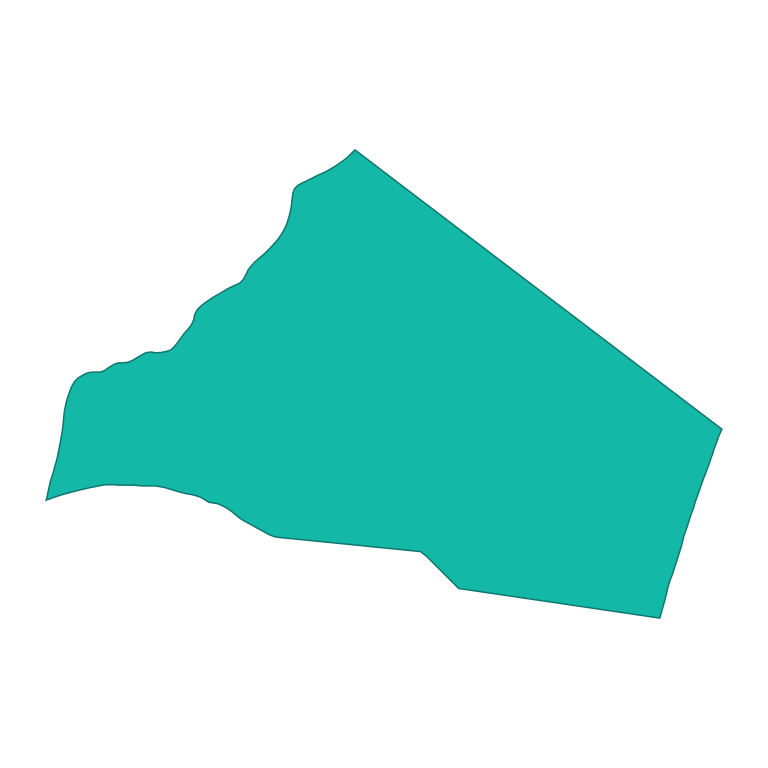 outline of Raghwan, Ma'rib, Yemen
{"feature_id": "15242507B55081881652905", "entity_name": "Raghwan", "entity_type": "district", "adm_level": 2, "iso_a3": "YEM", "parent_name": "Yemen", "parent_adm1": "Ma'rib", "projection": "robinson", "projection_center": [45.02, 15.774], "detail": "fine", "context": "isolated", "style": "filled", "palette": "teal", "viewbox_px": 768, "rotation_deg": 0, "n_neighbors": 0, "source": "geoboundaries", "source_scale": "gbopen_adm2", "svg_char_len": 2325}
<svg xmlns="http://www.w3.org/2000/svg" viewBox="0 0 768 768"><path d="M355.0,149.9L348.8,156.0L347.9,157.0L345.8,158.6L344.0,160.1L340.0,162.9L335.8,165.8L331.2,168.6L326.4,171.3L321.4,173.7L316.9,175.7L312.1,178.2L307.1,180.7L302.8,182.7L298.0,185.2L294.6,188.6L292.8,193.4L292.1,198.7L291.5,205.1L290.4,211.3L288.8,217.5L286.9,223.5L284.8,228.5L281.8,233.6L278.9,238.0L275.8,241.8L272.4,245.6L268.4,249.8L263.8,254.3L259.4,258.0L255.0,261.8L251.4,265.7L248.1,270.0L246.0,274.5L243.5,279.3L239.6,283.2L234.8,285.4L229.9,287.6L225.8,289.8L221.4,292.6L217.4,294.8L212.8,297.5L208.9,300.1L204.7,303.0L200.5,306.4L197.1,309.9L194.7,314.5L193.8,319.6L191.5,324.6L187.9,329.3L184.0,333.7L180.5,338.4L177.7,342.4L174.3,346.7L170.6,350.1L166.1,351.5L160.8,352.5L155.7,352.8L150.8,352.0L145.7,352.7L141.2,355.3L136.8,357.8L132.1,360.6L127.8,362.3L122.7,362.9L118.0,362.9L113.7,364.5L108.7,367.6L104.7,370.4L100.5,372.1L95.5,372.1L90.7,372.2L86.0,373.4L81.8,375.7L77.8,378.2L74.3,381.9L71.4,387.1L69.5,392.2L67.8,396.9L66.2,402.3L65.0,408.2L64.1,413.8L63.6,419.1L63.0,425.4L62.2,431.5L61.2,437.1L60.2,442.8L59.1,448.6L58.0,454.0L56.8,459.8L55.1,465.4L53.8,470.5L52.2,475.8L50.5,480.8L49.3,486.2L48.0,492.1L47.0,497.0L46.1,500.1L48.4,499.4L53.3,497.6L58.4,495.9L63.4,494.3L68.2,493.0L73.5,491.6L79.3,490.1L83.7,489.1L89.2,487.8L94.8,486.7L99.2,485.8L104.0,484.9L108.5,484.7L113.4,484.7L118.2,485.1L123.5,485.1L128.5,485.1L134.0,485.2L139.1,485.7L144.5,486.0L150.1,485.9L155.5,485.9L160.2,486.7L164.9,487.6L170.6,489.3L175.5,490.8L181.0,492.4L185.9,493.6L191.0,494.4L195.7,495.6L200.4,497.2L204.9,499.7L208.8,502.3L213.3,503.0L217.8,503.7L222.1,505.6L226.7,508.1L231.9,511.6L235.5,514.8L239.4,517.9L244.0,520.9L248.6,523.3L252.9,525.7L257.1,528.1L261.4,530.4L265.5,532.7L269.6,534.8L274.1,536.6L278.6,537.4L420.5,551.6L426.5,556.3L458.7,588.5L659.7,618.1L660.5,615.4L661.9,610.5L663.5,605.1L665.2,598.8L666.6,593.0L668.0,587.1L670.0,580.4L672.2,574.9L681.1,547.3L682.3,542.3L683.9,535.8L685.9,530.3L687.8,524.8L689.7,518.7L691.4,513.5L693.7,507.3L695.3,501.7L697.2,496.6L699.6,489.7L701.2,485.0L703.7,478.1L705.6,473.4L707.3,468.8L709.1,463.9L710.7,459.1L712.4,454.4L714.0,449.2L715.8,444.5L717.4,440.2L717.5,439.8L719.2,435.1L721.9,429.2L688.0,403.4L406.7,189.3L355.0,149.9Z" fill="#14b8a6" stroke="#0f766e" stroke-width="1.5"/></svg>